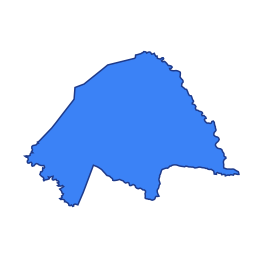 outline of São Félix do Coribe, Bahia, Brazil, rotated 84°
{"feature_id": "56859067B73980030167744", "entity_name": "São Félix do Coribe", "entity_type": "district", "adm_level": 2, "iso_a3": "BRA", "parent_name": "Brazil", "parent_adm1": "Bahia", "projection": "robinson", "projection_center": [-43.973, -13.552], "detail": "fine", "context": "isolated", "style": "filled", "palette": "blue", "viewbox_px": 256, "rotation_deg": 84, "n_neighbors": 0, "source": "geoboundaries", "source_scale": "gbopen_adm2", "svg_char_len": 5062}
<svg xmlns="http://www.w3.org/2000/svg" viewBox="0 0 256 256"><g transform="rotate(84 128 128)"><path d="M199.2,185.9L187.8,179.5L182.1,176.6L161.4,166.3L163.1,163.0L164.2,161.4L165.9,159.3L167.0,158.2L168.5,157.2L169.7,156.3L171.0,155.3L172.0,154.7L173.0,153.9L173.6,152.3L174.3,151.0L175.1,150.5L176.1,149.4L177.0,148.7L178.4,148.6L178.8,147.5L178.8,145.4L178.7,144.1L178.3,141.7L179.2,140.2L180.1,138.3L181.7,137.2L182.5,136.0L182.2,134.9L182.2,133.7L182.7,132.9L184.0,132.6L185.3,132.4L185.6,131.2L185.2,130.0L184.7,128.9L185.2,127.9L186.3,126.8L187.5,126.7L188.7,125.7L189.5,124.2L189.2,122.8L189.3,121.7L190.1,120.7L191.1,119.7L191.4,118.1L192.5,117.2L193.9,117.3L194.9,117.9L196.1,117.9L197.6,117.9L199.4,118.3L200.1,117.6L200.6,115.9L201.1,114.8L201.2,113.5L202.0,112.3L202.3,111.3L202.0,109.8L201.2,108.6L199.7,108.0L198.9,107.1L199.2,105.6L199.0,104.3L197.6,104.9L196.3,105.3L194.7,105.6L193.1,105.5L192.1,104.9L191.1,104.0L189.9,103.5L188.8,103.2L187.8,102.8L186.9,101.9L185.7,102.1L184.2,102.4L182.6,102.7L181.3,102.3L179.7,101.6L178.4,101.5L177.6,100.8L176.1,100.1L174.1,99.3L172.8,98.4L172.5,97.0L172.1,95.6L171.9,94.2L172.1,92.7L171.4,91.6L170.3,90.4L170.4,89.3L169.7,88.1L169.5,86.6L169.5,85.4L169.8,83.7L170.5,82.1L171.1,80.8L171.7,78.8L172.1,77.1L172.5,75.8L172.0,74.4L172.4,73.0L173.1,71.5L173.2,70.1L173.5,69.0L173.6,67.8L174.0,66.8L174.7,65.7L174.7,64.6L174.6,63.2L174.3,61.5L174.6,59.9L175.2,58.4L175.4,57.2L175.7,56.0L176.4,54.7L176.5,53.4L177.4,52.7L177.8,51.1L177.8,49.6L178.7,48.5L179.7,47.3L181.1,47.1L182.8,47.1L183.1,46.0L183.3,44.9L182.2,44.9L181.6,43.8L182.3,42.7L182.8,41.1L183.0,40.0L184.3,39.6L184.1,37.9L184.4,36.4L185.8,36.2L185.4,34.8L185.2,33.4L185.7,32.1L185.1,30.8L185.4,29.7L185.9,28.1L184.6,27.1L185.1,25.3L185.6,23.9L185.7,22.5L184.3,22.6L183.0,22.9L181.9,24.6L181.0,25.8L180.3,26.6L179.8,27.8L179.7,29.8L179.4,31.9L179.2,33.8L178.6,35.2L177.7,36.9L176.0,36.9L174.6,36.6L172.8,36.7L171.9,36.7L170.7,36.4L169.3,35.5L168.4,33.8L167.2,33.8L166.7,34.8L165.7,35.5L164.3,35.3L163.2,35.4L161.9,36.2L160.4,36.7L159.3,37.0L158.4,38.1L158.0,39.5L157.6,40.7L156.9,41.5L155.9,42.2L154.6,42.8L153.7,42.8L152.7,42.3L151.8,41.3L151.0,40.2L150.1,39.2L148.8,38.5L147.3,39.0L146.4,39.9L145.8,41.5L145.0,42.6L144.2,43.3L143.0,43.3L141.4,42.7L140.5,41.6L139.6,40.8L138.6,40.7L137.2,41.1L135.9,41.0L134.5,41.4L133.1,41.6L131.4,41.6L130.0,42.5L130.3,43.9L131.8,44.7L132.1,45.8L131.6,47.0L131.4,48.9L130.5,49.8L129.3,50.7L127.7,51.2L126.8,50.5L126.6,49.3L125.3,49.6L124.5,50.5L123.5,51.2L123.5,53.0L122.1,53.3L121.2,52.3L120.3,52.5L119.4,53.6L118.8,55.3L117.7,56.7L117.3,58.3L116.2,58.7L115.2,59.0L113.8,58.2L112.2,59.0L111.3,60.2L110.7,61.6L109.7,61.4L108.7,60.1L107.7,60.1L106.6,60.8L105.3,61.1L104.1,61.3L102.7,61.7L102.2,63.3L101.3,64.0L100.4,64.3L99.1,64.7L98.1,64.9L96.9,65.3L95.8,65.7L95.2,67.3L94.0,68.2L93.1,69.2L92.0,70.3L90.6,70.0L89.4,69.8L88.1,68.4L86.7,68.4L85.8,68.8L84.9,69.6L83.7,70.4L82.5,70.9L80.9,70.5L79.2,70.2L78.0,70.2L77.0,71.5L76.3,72.9L75.9,74.2L75.9,75.9L75.8,77.1L75.5,78.2L75.1,79.4L74.4,80.1L73.2,80.4L73.3,78.8L72.1,77.7L71.1,78.3L70.3,79.9L70.1,81.4L68.9,82.1L67.6,82.9L66.5,83.8L65.6,84.7L65.8,86.4L65.3,87.3L64.4,87.6L63.7,86.0L62.9,85.3L61.9,85.6L61.7,86.7L62.3,87.8L62.8,88.8L62.3,90.2L61.8,91.5L60.5,91.6L59.5,91.6L59.6,92.8L58.5,93.3L57.6,93.8L56.5,94.0L56.9,95.6L57.0,96.8L55.1,97.7L54.6,99.0L54.8,100.2L55.4,101.6L54.4,102.1L53.9,103.1L53.7,104.4L54.6,105.3L54.9,106.5L55.5,107.6L55.6,108.7L55.9,110.2L56.1,111.6L56.2,112.8L57.4,113.1L58.5,113.2L59.4,114.1L63.2,141.6L68.1,149.1L76.0,161.4L79.7,167.1L82.2,176.5L93.7,178.6L94.8,179.6L106.8,191.1L113.0,197.0L114.7,198.6L120.0,203.8L131.0,216.8L132.1,218.2L132.6,219.5L133.7,218.7L134.3,220.3L135.2,221.2L135.4,223.0L135.5,224.3L136.3,225.5L138.0,225.8L139.3,225.3L140.4,225.5L141.3,226.4L142.6,225.3L142.5,226.9L143.7,228.0L145.0,228.2L145.5,230.2L145.1,231.6L145.2,233.5L146.4,232.2L146.7,230.8L147.7,230.6L149.1,230.5L150.3,231.6L151.5,231.7L152.4,231.2L152.6,230.0L152.1,229.1L151.9,228.0L153.3,227.1L154.7,227.7L156.0,227.2L155.7,225.4L154.5,224.2L153.8,223.0L154.2,221.6L155.0,220.8L155.6,219.8L156.2,218.4L156.4,217.2L156.5,215.6L158.3,215.0L159.3,215.8L158.7,216.9L159.7,217.2L161.1,217.2L162.4,218.2L162.5,219.5L163.6,219.8L165.0,220.5L166.3,219.6L167.3,218.7L168.0,217.7L169.2,217.0L170.7,217.6L171.7,217.1L171.0,216.0L170.9,214.5L170.7,213.1L170.2,211.6L168.4,212.2L169.0,210.9L168.4,209.4L168.2,207.6L169.8,208.1L170.7,208.8L171.6,208.5L172.0,207.5L171.6,206.3L171.6,204.8L172.8,204.5L173.3,203.0L174.5,202.3L175.2,203.9L176.1,202.8L177.1,202.6L177.9,204.1L178.7,202.8L178.5,201.8L178.8,200.8L178.3,199.3L179.5,198.1L180.4,199.6L181.1,201.1L181.6,202.3L182.5,201.6L183.5,200.9L184.7,200.5L185.8,200.4L186.7,199.1L187.8,199.7L188.7,201.2L189.9,200.8L190.7,201.6L191.1,203.2L192.1,202.3L192.0,200.7L192.7,199.1L193.7,198.4L194.7,198.8L195.1,197.3L196.0,196.0L197.2,195.0L198.8,194.8L199.2,193.7L198.7,192.3L200.2,191.2L199.9,190.2L198.5,190.0L198.1,188.5L198.6,187.3L199.2,185.9Z" fill="#3b82f6" stroke="#1e3a8a" stroke-width="1.5"/></g></svg>